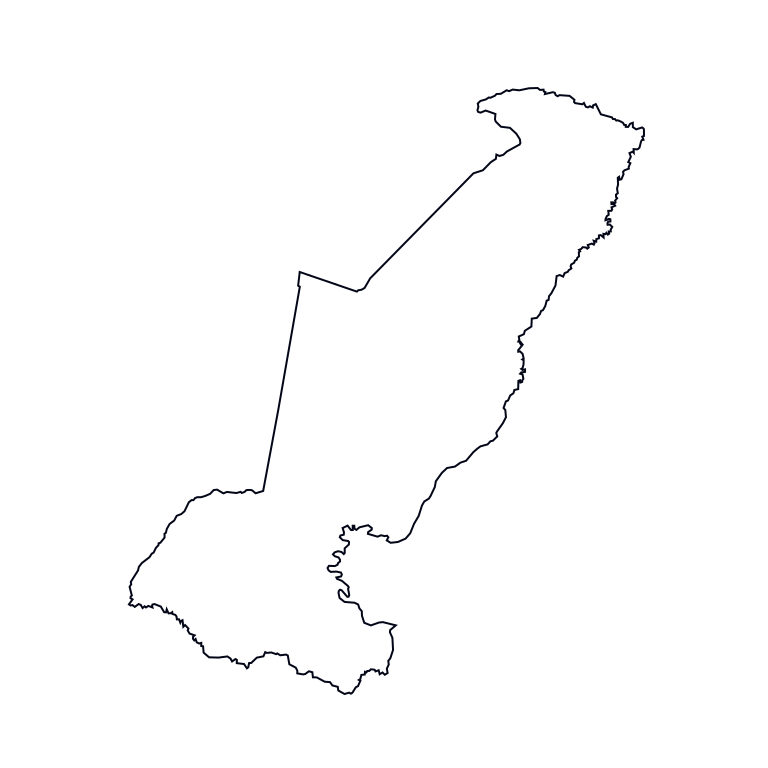 the district of Alto Araguaia, Mato Grosso, Brazil, rotated 7°
{"feature_id": "56859067B16833881564042", "entity_name": "Alto Araguaia", "entity_type": "district", "adm_level": 2, "iso_a3": "BRA", "parent_name": "Brazil", "parent_adm1": "Mato Grosso", "projection": "albers", "projection_center": [-53.413, -17.424], "detail": "fine", "context": "isolated", "style": "outline", "palette": "ink", "viewbox_px": 768, "rotation_deg": 7, "n_neighbors": 0, "source": "geoboundaries", "source_scale": "gbopen_adm2", "svg_char_len": 6111}
<svg xmlns="http://www.w3.org/2000/svg" viewBox="0 0 768 768"><g transform="rotate(7 384 384)"><path d="M420.2,672.5L422.8,670.4L421.5,666.2L422.9,661.8L422.0,658.3L423.7,655.4L425.4,646.9L423.3,635.0L420.1,629.6L420.1,627.5L425.1,622.1L411.9,620.5L408.0,621.4L400.4,625.2L393.5,623.4L390.4,616.8L389.6,612.1L387.0,609.8L385.2,606.0L381.5,604.7L371.4,605.1L366.0,601.8L364.3,596.8L364.4,594.8L365.5,593.5L367.1,593.9L373.5,599.7L374.8,599.4L375.2,597.7L373.3,591.6L373.8,590.1L372.9,588.9L366.2,584.5L361.1,583.1L360.3,581.8L364.8,580.3L365.4,578.3L364.3,576.4L359.6,576.0L354.0,577.0L351.7,575.7L350.4,573.5L351.5,571.2L357.4,570.7L359.9,569.1L360.1,567.5L362.0,565.5L361.7,563.7L360.0,561.7L356.1,560.9L354.1,559.3L355.6,557.1L358.7,555.6L362.3,555.9L364.8,557.7L365.6,556.5L365.0,551.9L368.7,547.6L368.5,545.0L367.4,544.2L362.1,544.0L358.8,541.5L359.2,539.7L362.4,538.5L362.4,536.3L360.5,532.0L365.1,529.0L369.1,533.0L370.8,532.7L370.2,528.5L371.8,528.3L372.3,531.2L374.3,532.2L377.2,529.2L385.5,526.1L389.5,528.5L389.5,530.1L386.3,532.9L386.3,534.7L396.2,536.3L399.5,534.5L403.2,534.9L405.5,534.2L407.0,535.6L405.8,538.9L410.0,540.8L417.1,539.1L424.3,534.8L428.2,529.0L430.9,519.0L434.5,510.7L436.5,500.0L438.3,495.7L442.5,492.3L443.9,489.4L447.0,480.0L447.3,474.2L452.3,465.1L456.8,459.7L464.5,457.3L469.5,452.7L474.8,450.2L481.0,440.7L484.7,436.6L487.4,434.1L494.2,431.3L496.6,427.9L499.0,427.0L502.8,422.2L501.4,418.9L501.9,417.5L506.8,408.3L509.1,402.1L507.6,395.1L505.6,393.2L507.1,386.4L509.1,385.3L510.7,380.0L513.6,377.4L514.1,374.1L517.8,372.7L517.0,364.5L518.5,363.7L519.3,365.9L520.9,365.1L520.7,363.6L521.7,361.9L520.4,357.7L517.9,357.2L518.8,355.8L522.5,354.8L522.2,352.3L519.9,353.2L518.4,352.3L519.6,351.4L520.1,347.5L519.7,343.3L518.3,342.8L519.5,341.7L517.9,337.2L515.1,335.1L513.3,335.6L513.1,334.1L516.6,328.5L515.1,328.2L514.2,327.0L515.6,326.9L513.9,325.2L512.2,325.4L512.9,323.5L512.0,320.4L516.8,317.5L517.3,314.0L523.3,309.0L522.7,301.1L527.6,299.8L530.3,295.5L531.0,292.4L532.8,291.3L534.6,286.8L535.3,281.4L537.1,280.5L537.1,276.7L539.0,273.7L542.2,265.4L542.2,255.8L545.2,254.4L548.7,255.6L549.8,251.9L552.7,250.3L553.5,248.5L555.9,246.5L554.9,244.5L555.2,242.6L558.0,240.4L558.4,238.4L560.2,237.1L560.4,235.3L562.0,233.5L561.3,229.5L562.5,228.4L561.2,227.1L563.3,225.9L564.5,224.0L567.9,223.9L569.2,224.9L570.6,223.6L569.3,221.2L573.2,219.3L575.3,220.1L575.8,218.6L574.7,216.3L577.3,216.8L577.1,214.3L579.6,213.2L579.2,210.3L581.0,209.8L584.1,211.8L583.5,208.2L585.5,208.3L586.3,206.8L588.0,208.4L589.2,207.3L588.5,205.2L590.5,204.9L590.2,203.2L591.4,200.2L588.7,198.2L586.5,198.7L586.2,197.1L586.7,195.5L588.9,195.1L588.6,192.9L587.1,192.7L583.9,194.5L583.8,193.0L584.8,190.1L586.4,188.7L585.5,184.8L588.6,184.4L589.2,182.9L588.3,180.9L591.7,178.9L590.3,177.3L591.7,175.6L591.0,173.9L592.8,171.1L591.5,170.1L591.2,167.7L592.8,166.1L591.5,161.8L592.0,157.5L590.9,150.8L592.1,149.7L593.0,152.5L594.7,151.8L596.2,146.5L595.4,144.3L596.6,142.6L600.8,140.4L600.4,138.7L601.6,134.8L599.4,134.0L601.3,128.4L599.5,124.9L602.5,123.1L603.7,124.1L603.1,120.4L606.6,120.3L607.8,119.5L608.8,118.2L609.6,111.9L610.2,110.5L611.8,110.0L610.2,107.0L611.8,106.1L611.1,100.4L610.6,98.9L609.0,97.9L603.2,100.5L599.7,98.7L599.1,94.4L596.6,95.7L595.0,99.1L592.6,99.3L592.5,97.5L590.8,97.6L589.6,95.8L587.5,94.8L584.1,93.8L582.4,94.2L581.0,92.9L578.9,93.1L577.8,91.6L566.4,89.9L560.1,80.4L557.6,82.0L557.5,84.2L554.5,83.2L552.8,84.6L550.5,84.2L548.2,80.7L546.9,82.2L539.4,81.9L538.2,80.8L538.4,78.7L533.1,75.4L523.1,75.9L521.2,77.2L519.1,76.2L518.0,74.1L516.0,73.8L508.4,76.6L508.6,74.6L507.0,74.2L506.5,72.4L503.0,73.1L500.4,71.5L491.9,72.8L482.5,76.0L475.8,76.1L472.5,78.1L470.0,77.5L464.6,81.7L460.3,82.5L458.9,84.4L454.6,87.0L453.2,86.8L450.3,89.2L445.2,91.3L442.9,94.2L443.9,97.4L443.4,100.9L444.2,102.4L446.7,102.9L451.6,100.2L461.7,102.4L461.9,107.9L462.9,109.9L468.7,114.4L477.8,114.4L484.9,119.5L489.0,124.5L490.0,128.2L489.5,129.7L477.7,138.2L474.5,142.0L470.8,143.6L467.6,142.6L467.6,146.9L463.0,150.8L456.1,159.8L447.1,164.0L357.4,280.8L353.0,291.1L350.1,293.2L346.9,294.2L345.8,295.6L286.7,283.1L286.8,296.9L288.6,297.7L282.2,422.7L277.1,504.9L269.9,508.1L265.8,505.5L263.5,505.5L260.3,506.1L258.8,508.1L256.1,509.5L254.8,508.5L250.8,510.2L241.2,510.3L237.9,512.1L231.2,509.2L227.9,510.0L224.8,514.2L220.2,516.9L216.1,518.7L212.5,519.1L210.3,520.3L209.0,522.5L207.1,522.7L204.7,525.2L201.5,534.6L198.6,537.8L194.3,540.1L192.4,545.1L188.3,549.0L186.1,554.3L185.6,558.4L184.4,559.3L184.9,563.2L181.4,568.8L179.7,569.6L179.8,571.4L177.6,574.4L175.9,579.4L174.2,580.7L172.3,584.5L165.5,591.2L163.0,595.3L162.6,599.0L156.8,611.3L157.5,613.6L156.2,616.3L159.5,624.7L158.5,625.8L158.5,627.5L160.7,628.4L157.7,633.8L159.5,634.7L161.3,634.1L163.8,635.6L167.3,632.3L169.6,633.0L171.7,635.8L173.5,633.8L175.0,634.8L177.1,633.0L181.4,634.0L180.7,632.5L181.1,631.1L183.1,630.4L189.6,632.1L193.6,637.3L195.5,637.2L195.8,634.1L198.1,637.9L200.3,637.5L201.6,636.3L202.0,638.0L205.0,638.6L206.4,640.0L207.1,642.9L209.2,642.5L210.9,645.7L211.4,644.0L212.8,643.0L214.4,649.4L215.9,647.5L219.7,650.5L219.2,652.5L221.4,655.4L226.6,656.5L225.3,658.0L225.5,660.2L226.9,661.6L228.1,660.1L229.6,663.2L232.1,664.1L234.2,663.2L234.5,666.3L236.4,666.4L237.7,672.6L243.7,676.6L253.2,675.7L261.7,673.5L265.1,675.2L267.0,677.9L270.1,675.1L271.6,675.8L271.9,679.0L279.2,679.0L282.6,682.9L283.8,681.7L284.1,677.4L286.2,677.1L291.1,671.1L297.5,669.0L298.8,664.6L300.4,665.2L304.9,664.2L309.9,665.3L310.9,664.4L314.1,665.9L319.7,664.5L321.6,665.2L324.2,673.7L331.0,676.3L332.9,679.1L333.2,681.8L339.1,682.1L341.2,681.4L344.5,678.3L348.0,678.8L349.2,683.8L353.0,683.4L361.4,686.7L366.8,686.5L369.5,689.5L375.0,690.2L376.0,693.8L382.6,696.5L387.0,694.6L388.9,695.4L390.3,694.2L393.0,688.4L395.0,687.1L396.7,681.4L395.2,680.8L396.4,679.9L397.0,675.5L400.3,674.7L400.2,672.0L401.7,672.4L402.3,670.9L404.3,670.6L405.7,668.8L407.7,668.7L409.6,668.8L410.6,670.3L413.6,668.8L415.1,672.6L417.7,670.5L420.2,672.5ZM590.3,177.3L587.8,177.7L587.5,176.0L589.3,175.8L590.3,177.3Z" fill="none" stroke="#020617" stroke-width="2"/></g></svg>